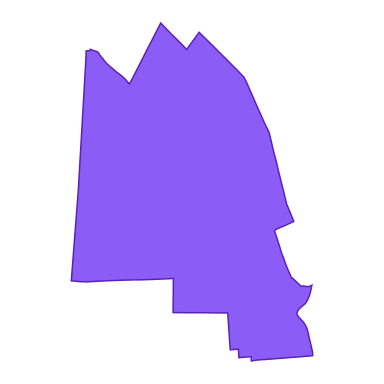 the district of U Minh, Cà Mau, Vietnam
{"feature_id": "81297802B9286931688743", "entity_name": "U Minh", "entity_type": "district", "adm_level": 2, "iso_a3": "VNM", "parent_name": "Vietnam", "parent_adm1": "Cà Mau", "projection": "albers", "projection_center": [104.985, 9.374], "detail": "fine", "context": "isolated", "style": "filled", "palette": "violet", "viewbox_px": 384, "rotation_deg": 0, "n_neighbors": 0, "source": "geoboundaries", "source_scale": "gbopen_adm2", "svg_char_len": 2527}
<svg xmlns="http://www.w3.org/2000/svg" viewBox="0 0 384 384"><path d="M86.2,50.9L85.8,60.7L78.3,190.3L71.3,280.9L73.5,281.0L76.8,281.4L79.0,281.6L86.0,281.9L95.3,281.4L102.3,281.0L104.5,280.9L113.8,280.5L123.1,280.2L132.5,279.9L141.7,279.8L151.0,279.5L160.4,279.1L169.7,278.7L173.4,278.4L173.3,285.0L173.3,291.5L173.2,297.9L173.1,304.3L173.1,310.8L173.1,312.3L173.1,312.6L184.9,312.7L198.4,312.7L215.5,312.9L227.7,313.0L228.4,322.9L229.1,333.1L229.7,342.9L230.3,349.8L238.4,349.2L238.9,357.7L243.1,357.3L251.1,356.7L251.3,360.9L251.6,361.0L256.4,360.1L258.1,360.0L259.7,359.8L260.8,359.7L265.7,359.5L267.7,359.2L270.9,359.1L275.0,358.7L282.0,358.2L291.7,357.4L302.6,356.6L312.6,355.7L312.7,354.1L312.6,352.1L312.2,350.3L311.6,348.1L311.4,346.8L310.8,344.4L310.0,341.1L309.1,337.4L308.3,333.5L307.6,330.6L307.2,329.3L306.6,327.6L305.7,325.8L304.3,323.5L303.6,322.5L302.7,321.3L300.9,319.4L298.3,316.6L297.4,315.3L297.1,314.5L297.0,313.9L296.9,313.4L297.0,312.8L297.2,312.1L297.8,311.0L298.5,309.7L299.6,308.4L301.0,307.1L302.5,305.9L304.2,304.6L305.7,303.0L306.9,301.1L308.2,298.6L309.2,296.0L310.1,293.3L311.2,288.8L311.8,285.3L311.4,285.6L310.4,286.1L308.3,286.5L306.7,286.6L304.8,286.2L303.5,286.0L302.7,286.0L301.8,286.1L301.4,286.1L301.1,286.0L300.8,285.9L299.9,285.1L297.7,283.1L294.1,279.6L292.2,278.0L291.7,278.2L289.7,273.6L287.9,269.6L287.5,268.6L286.1,265.3L284.8,261.6L283.3,257.3L281.3,252.1L278.7,243.6L275.9,235.0L274.9,231.9L274.8,231.0L274.8,230.4L275.0,230.0L276.1,229.4L280.6,227.3L283.5,226.2L293.8,221.4L292.4,217.9L289.5,211.0L286.7,204.1L285.4,198.9L283.3,190.1L282.0,185.2L280.3,178.3L278.6,171.4L277.0,164.5L275.3,157.6L273.4,150.7L271.8,143.7L271.4,142.0L270.2,136.8L269.1,132.5L269.0,132.3L268.9,132.0L267.9,129.8L264.8,123.7L261.0,115.1L256.1,104.2L254.6,100.7L251.4,93.4L246.7,82.7L244.4,78.0L243.9,77.1L239.4,72.4L227.9,60.8L225.2,58.1L217.9,50.9L216.6,49.5L199.1,32.3L197.2,35.0L194.8,38.3L192.2,41.8L190.9,43.6L187.5,48.3L186.7,49.4L179.3,41.9L174.9,37.5L172.7,35.4L166.4,29.0L164.6,27.0L160.7,23.0L159.8,24.8L153.9,36.4L150.9,42.2L148.0,47.7L142.2,59.3L139.4,64.7L133.6,76.1L132.6,78.1L131.8,79.5L129.4,84.0L127.8,82.2L127.0,81.2L126.4,80.5L125.2,79.1L122.6,76.7L121.2,75.5L115.5,71.2L114.0,69.8L109.3,65.9L107.6,64.3L106.1,62.9L105.2,61.8L103.9,60.2L103.6,59.6L102.2,57.9L101.0,56.7L99.6,54.7L98.6,52.9L98.0,52.3L97.6,51.9L96.7,51.5L96.0,51.3L94.4,50.8L92.1,50.0L90.3,49.3L90.2,50.1L90.1,50.4L90.0,50.5L89.4,50.7L88.2,50.7L86.2,50.9Z" fill="#8b5cf6" stroke="#5b21b6" stroke-width="1.5"/></svg>